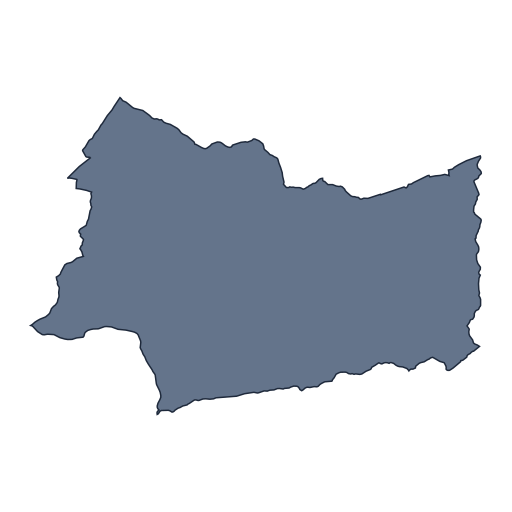 the district of Alunis, Prahova, Romania
{"feature_id": "2599482B26143633311950", "entity_name": "Alunis", "entity_type": "district", "adm_level": 2, "iso_a3": "ROU", "parent_name": "Romania", "parent_adm1": "Prahova", "projection": "equal_earth", "projection_center": [25.857, 45.207], "detail": "fine", "context": "isolated", "style": "filled", "palette": "slate", "viewbox_px": 512, "rotation_deg": 0, "n_neighbors": 0, "source": "geoboundaries", "source_scale": "gbopen_adm2", "svg_char_len": 6022}
<svg xmlns="http://www.w3.org/2000/svg" viewBox="0 0 512 512"><path d="M453.0,368.1L460.6,361.7L460.8,360.6L462.7,360.3L466.7,357.2L467.2,355.5L468.1,354.6L470.2,353.5L471.1,352.4L472.7,351.3L473.6,351.2L479.5,346.4L477.3,345.0L474.8,344.0L473.5,343.0L472.6,339.9L469.6,335.8L469.0,333.9L468.8,331.7L469.2,329.4L469.1,328.9L467.0,325.9L469.3,322.6L470.3,320.1L470.7,319.7L472.6,319.2L474.0,317.1L474.3,315.8L474.3,313.5L475.4,311.3L476.2,310.5L478.5,309.4L479.6,307.0L480.3,306.2L480.6,305.4L480.6,299.4L480.0,297.6L478.8,295.5L479.5,293.0L478.8,289.8L478.5,283.6L479.0,278.2L480.3,275.1L479.1,274.1L478.7,272.8L478.9,271.7L480.3,269.3L480.4,267.2L477.8,263.5L476.6,259.8L476.4,254.8L476.8,253.8L478.4,251.7L478.8,249.8L478.8,248.2L478.6,246.8L477.8,245.1L475.7,241.6L475.1,238.9L476.0,238.1L476.1,235.6L478.3,231.0L478.3,230.1L479.5,227.8L479.9,225.9L479.8,225.0L480.9,222.1L481.2,220.1L480.8,219.1L474.9,214.2L474.3,212.7L473.6,212.0L473.6,209.8L474.0,206.2L475.4,204.0L475.8,201.9L477.2,199.4L477.1,196.9L479.0,194.7L478.7,193.2L473.9,181.7L474.2,180.5L474.9,179.9L477.8,178.4L478.5,177.4L478.9,175.9L481.0,173.9L481.3,173.4L481.1,171.9L480.7,171.2L479.8,169.9L477.8,168.0L477.2,165.4L477.2,164.3L478.5,161.2L480.5,158.1L480.6,157.0L480.2,155.9L466.5,160.7L458.6,164.7L454.4,167.3L452.5,169.1L448.4,170.0L449.0,173.0L448.7,174.3L449.1,175.6L444.8,174.4L440.5,175.4L435.2,175.9L429.9,176.9L429.0,175.4L427.6,175.7L413.3,182.7L411.5,184.0L408.5,184.4L407.4,186.7L406.4,187.8L406.0,187.9L404.0,187.0L380.7,194.8L380.4,194.3L367.9,198.4L363.8,198.2L361.6,199.1L360.2,199.1L358.3,197.4L356.6,197.3L354.7,196.7L352.6,196.6L351.3,196.1L350.4,195.5L346.3,191.8L345.1,190.4L344.8,189.4L342.3,186.9L340.5,186.2L339.1,186.5L336.4,186.1L332.6,184.6L327.9,184.6L324.6,181.4L323.9,181.4L323.1,180.9L322.8,180.4L322.6,178.3L321.1,178.5L319.3,179.3L316.0,182.7L314.8,183.3L313.4,183.4L312.6,183.7L311.0,184.9L309.2,185.7L307.9,186.9L306.4,187.5L305.5,188.4L303.2,189.2L300.7,187.9L299.3,187.6L295.2,187.6L293.1,187.1L291.7,187.3L289.7,186.9L288.8,187.5L286.7,187.6L286.1,187.2L283.5,184.3L284.0,182.1L282.6,176.2L282.2,172.7L280.6,167.5L278.9,163.1L277.8,159.1L277.1,158.2L276.2,157.6L274.1,156.7L272.4,155.5L269.9,154.6L267.9,152.4L264.6,149.6L264.1,148.8L263.6,146.0L262.8,143.8L259.0,140.8L254.8,139.0L253.4,139.0L251.8,140.5L247.3,142.2L245.5,141.8L241.0,142.3L232.8,145.0L232.2,145.5L232.0,146.2L231.4,146.9L229.7,147.4L227.8,147.0L225.3,145.8L222.4,143.5L220.6,142.4L219.2,142.1L217.3,142.0L211.8,144.0L210.1,145.9L206.7,148.3L205.4,148.7L203.8,148.5L201.7,147.6L196.0,144.4L194.9,144.3L194.1,142.1L193.7,141.7L187.3,136.2L183.0,134.2L181.0,132.7L178.9,129.8L177.3,128.4L170.3,124.4L165.9,123.2L163.7,122.1L161.5,119.7L159.2,119.9L157.8,119.1L156.6,118.8L154.3,119.0L152.0,118.0L149.6,115.5L142.8,110.5L134.0,108.3L132.6,107.5L126.1,102.2L122.7,100.7L121.0,98.5L120.0,97.6L114.2,106.3L112.0,110.0L107.4,115.5L102.3,123.6L101.0,125.0L98.3,129.9L96.8,131.4L94.4,134.3L92.6,138.0L92.0,138.7L90.3,139.5L89.0,140.6L85.3,147.0L82.8,149.8L82.6,150.7L85.9,156.6L86.9,157.1L89.8,157.3L90.3,157.9L79.3,166.5L67.8,177.9L67.9,178.2L69.4,178.0L71.8,178.3L76.8,179.4L77.0,179.8L76.4,182.4L76.2,188.5L79.7,188.9L86.6,190.4L91.6,192.1L90.9,193.7L91.5,195.9L91.4,198.1L90.4,200.7L90.3,202.0L90.8,203.4L90.9,205.2L91.7,206.9L91.0,209.2L90.1,210.8L88.5,219.1L87.3,221.4L86.2,225.4L80.5,228.9L79.3,230.3L78.9,231.6L79.3,232.7L80.7,234.1L80.4,235.3L80.4,236.3L83.0,238.8L83.5,239.6L83.2,240.8L82.3,243.0L82.3,244.8L81.1,246.0L79.9,248.8L80.6,249.6L81.9,251.9L82.8,255.3L83.4,256.4L76.8,258.2L72.6,261.7L71.0,262.5L66.9,263.5L64.8,264.9L60.9,272.3L60.3,274.1L58.6,275.7L56.3,277.1L56.8,280.0L57.6,281.6L57.4,283.8L57.8,285.0L59.2,287.3L59.3,288.0L58.7,292.6L59.0,295.5L58.9,297.0L58.0,299.3L57.3,302.4L55.5,304.9L53.5,306.4L51.5,308.6L49.8,313.0L48.6,314.4L45.6,316.9L39.9,319.2L37.4,320.6L34.9,322.2L32.4,324.4L30.7,325.5L32.1,325.9L32.9,326.5L37.6,331.6L42.3,334.6L44.2,334.8L47.5,334.2L54.0,334.6L59.8,337.6L64.7,339.0L67.8,339.5L72.0,339.4L76.7,337.9L83.0,337.2L83.9,336.1L84.7,333.2L85.4,332.2L87.8,330.4L90.7,329.5L93.2,329.0L98.4,328.8L104.6,326.6L106.5,326.5L111.4,326.9L118.0,329.3L126.0,330.1L132.2,331.5L134.6,332.2L137.0,333.5L138.1,334.8L140.6,340.9L140.8,342.5L140.2,347.6L140.7,348.9L141.8,350.8L143.1,354.2L144.8,356.8L146.3,360.6L148.4,364.2L152.1,369.8L152.9,371.5L154.9,374.3L155.2,375.0L156.3,383.3L156.6,384.6L159.4,390.3L160.2,392.4L160.8,395.4L160.8,397.3L159.9,399.6L158.0,403.2L157.2,406.0L157.3,407.5L157.8,408.7L158.9,409.9L157.3,411.7L157.0,412.8L157.2,414.4L158.3,413.8L160.0,411.2L161.4,410.5L168.3,410.3L169.7,410.7L172.0,412.1L173.0,411.9L174.0,411.3L175.1,410.1L178.2,408.1L180.1,407.5L182.7,406.0L187.1,404.9L188.2,403.9L189.2,403.5L194.4,400.0L195.9,399.9L198.1,400.5L199.1,400.4L202.8,399.0L205.6,398.8L209.9,399.2L213.7,398.8L215.9,397.8L236.6,396.2L244.6,393.7L253.9,392.3L257.4,393.0L258.6,392.8L264.1,390.9L267.3,391.1L269.8,390.2L274.0,389.9L277.3,388.6L279.5,388.5L283.2,389.0L284.5,388.4L289.1,388.0L290.7,387.1L293.7,386.1L296.9,386.2L298.1,386.8L299.5,388.6L299.8,389.5L301.7,390.7L302.9,390.0L305.2,388.0L306.5,387.4L307.6,387.2L309.9,387.5L314.1,386.6L316.9,386.8L318.2,386.3L319.9,384.5L321.4,383.5L324.7,381.8L331.8,381.2L332.3,380.6L332.3,380.0L334.1,377.8L336.1,374.2L338.8,372.8L340.6,372.2L345.4,372.1L346.9,372.5L348.5,373.6L350.8,374.0L352.1,373.6L354.0,374.3L355.7,373.9L359.8,374.4L361.8,374.0L366.1,371.2L370.3,369.5L371.1,368.8L371.7,367.3L375.3,365.2L378.6,362.9L379.2,362.9L380.5,363.6L381.9,363.9L383.9,362.9L385.3,362.6L387.3,362.7L389.1,363.3L390.2,362.6L391.3,362.6L393.7,363.4L395.8,365.1L397.6,366.1L399.3,366.6L402.6,366.9L406.9,368.5L408.5,370.2L408.9,370.9L409.6,370.0L411.0,369.1L413.0,369.1L415.4,368.0L415.7,366.2L419.2,363.3L420.8,362.6L424.2,361.8L427.9,359.5L428.8,359.3L430.6,357.9L432.7,357.3L439.8,361.4L444.2,362.7L445.9,366.0L446.2,367.3L446.1,368.8L446.2,369.4L447.0,370.1L448.0,370.4L449.6,370.3L453.0,368.1Z" fill="#64748b" stroke="#1e293b" stroke-width="1.5"/></svg>